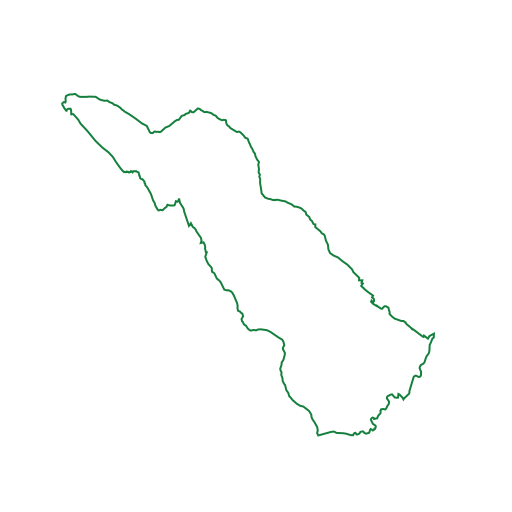 Lazuri De Beius, Bihor, Romania (Natural Earth projection), rotated 78°
{"feature_id": "2599482B33228708697979", "entity_name": "Lazuri De Beius", "entity_type": "district", "adm_level": 2, "iso_a3": "ROU", "parent_name": "Romania", "parent_adm1": "Bihor", "projection": "natural_earth1", "projection_center": [22.328, 46.561], "detail": "fine", "context": "isolated", "style": "outline", "palette": "green", "viewbox_px": 512, "rotation_deg": 78, "n_neighbors": 0, "source": "geoboundaries", "source_scale": "gbopen_adm2", "svg_char_len": 6094}
<svg xmlns="http://www.w3.org/2000/svg" viewBox="0 0 512 512"><g transform="rotate(78 256 256)"><path d="M79.4,405.1L85.8,401.5L90.1,400.1L98.7,394.9L110.0,389.1L117.9,383.8L123.8,378.8L129.2,375.5L135.0,373.4L141.2,370.7L145.4,368.5L145.8,367.9L146.5,367.6L146.4,367.2L147.0,365.7L146.5,365.1L146.6,364.8L147.0,364.7L147.1,364.4L146.9,364.1L147.0,363.7L147.9,362.9L147.6,362.3L147.8,361.8L147.8,361.3L147.1,360.7L147.4,360.5L147.6,359.8L148.1,359.5L147.6,359.3L147.7,359.0L148.1,358.8L147.6,357.9L147.9,357.3L147.8,356.7L148.2,356.1L148.2,355.4L149.3,354.5L149.8,353.5L152.4,353.3L153.1,353.5L153.5,353.1L155.9,353.1L157.1,352.0L157.3,351.1L160.1,349.6L161.3,349.9L162.1,349.4L163.8,349.5L166.1,348.2L173.4,345.9L180.1,345.1L183.5,344.0L185.8,344.0L190.3,342.5L191.2,341.7L191.0,339.6L191.8,337.9L190.2,335.3L189.3,333.3L187.5,332.0L188.4,330.4L189.2,327.8L189.5,325.4L189.1,324.8L185.7,322.9L186.6,321.5L186.4,320.7L183.8,319.3L188.2,319.3L194.4,317.0L197.8,317.0L212.5,315.3L211.4,314.3L211.9,313.7L210.6,312.8L214.4,311.8L216.0,310.3L218.2,309.3L219.4,309.2L226.8,306.1L229.7,306.1L231.8,307.3L231.7,304.5L234.4,303.8L236.7,303.8L238.1,304.3L241.8,304.2L242.1,303.4L246.3,305.8L250.6,305.2L253.9,304.3L257.9,302.0L259.0,301.8L261.8,302.3L262.7,302.1L263.4,300.9L264.4,300.3L269.9,299.0L272.3,297.1L274.3,296.0L282.3,294.0L283.7,291.4L283.6,290.4L285.3,288.0L287.1,286.7L288.4,286.5L289.4,286.0L298.1,284.3L300.7,284.3L303.3,285.0L305.9,284.9L307.0,283.2L308.3,282.6L309.6,281.3L312.3,281.2L314.7,283.3L317.0,283.2L317.9,282.6L319.7,282.2L321.2,281.4L322.0,280.3L325.3,279.1L327.4,277.4L327.9,276.5L327.8,273.7L328.8,271.3L328.3,269.5L328.7,266.6L330.8,260.8L333.3,257.6L340.6,250.7L343.2,247.8L345.4,247.0L349.3,246.9L350.9,248.4L352.4,249.1L356.7,247.9L358.4,248.3L362.4,250.3L363.9,251.3L365.3,252.9L368.3,253.9L371.2,255.7L373.0,255.8L375.1,255.2L377.6,256.0L381.0,255.5L384.0,255.9L387.1,255.0L388.2,254.4L393.6,254.2L396.5,252.9L400.2,252.6L400.7,252.1L405.0,249.9L406.4,248.7L408.8,247.0L410.9,244.8L411.8,243.8L413.1,241.0L413.9,240.3L418.5,236.4L420.3,235.7L422.7,234.9L425.2,235.2L427.5,234.7L430.4,233.5L436.1,231.7L439.8,231.9L440.9,232.6L442.1,233.0L444.5,232.4L443.7,219.7L443.8,217.1L444.2,215.8L445.3,214.7L445.9,213.7L447.4,207.8L448.5,204.9L451.0,200.4L451.5,198.2L450.3,197.4L449.7,196.6L449.6,195.6L450.3,195.1L451.3,194.9L451.7,193.9L451.2,191.8L449.8,190.5L449.7,188.3L450.0,187.5L451.5,186.9L452.7,185.2L452.4,182.0L449.9,180.6L449.1,179.8L449.9,178.8L450.9,178.2L450.8,177.2L449.6,176.2L449.9,175.7L449.5,175.2L448.0,174.4L446.8,174.3L444.6,176.5L440.1,177.7L439.2,177.2L438.5,176.2L438.3,175.5L438.8,174.6L440.0,174.4L439.9,171.2L438.2,170.1L437.2,169.2L435.9,167.1L434.5,166.5L433.3,166.5L432.0,165.4L432.2,165.1L432.0,164.1L432.3,162.7L433.0,161.6L432.4,160.5L429.6,158.3L428.4,156.9L426.6,156.2L425.8,156.2L422.5,157.6L421.3,157.2L420.5,156.4L419.6,153.2L419.7,151.6L423.2,149.7L423.8,148.2L424.0,146.5L420.6,145.4L421.4,144.4L423.6,143.0L425.1,142.1L426.9,141.6L426.1,140.8L422.6,135.0L421.2,134.2L420.0,134.0L406.9,126.8L406.2,125.1L406.5,124.1L408.0,122.3L408.3,121.2L407.7,120.0L406.8,119.4L403.6,118.6L399.8,119.3L398.5,118.8L396.9,117.4L396.1,114.7L395.0,113.3L391.1,111.1L389.4,109.9L387.7,107.8L386.5,106.9L385.4,106.3L379.1,104.6L377.2,103.1L373.7,100.8L373.3,100.4L373.0,99.4L372.1,98.9L369.0,98.1L370.3,102.9L372.6,105.0L368.8,108.2L370.0,108.9L369.7,109.5L360.9,117.1L359.9,118.1L360.2,118.4L359.9,118.7L359.3,118.7L357.0,120.5L356.7,120.7L354.1,122.8L352.4,123.6L352.1,123.5L351.0,124.7L350.3,125.1L349.7,127.5L346.0,133.5L343.6,135.5L340.5,137.4L338.7,136.9L336.8,137.2L334.1,137.2L332.2,139.3L331.9,140.7L332.9,142.5L333.8,143.4L333.6,144.5L331.2,146.9L329.7,148.1L330.0,148.4L327.0,151.5L324.7,152.9L323.7,152.3L325.6,151.2L324.7,149.9L322.2,149.7L320.6,151.1L319.1,149.7L314.0,154.4L310.1,157.4L309.9,157.3L308.0,158.8L307.1,159.3L305.1,157.2L304.2,158.4L301.9,157.1L301.2,160.3L298.8,159.6L292.0,164.1L289.1,164.8L283.5,168.4L278.8,172.7L274.4,176.2L271.7,180.0L268.6,182.9L264.7,183.8L259.9,183.3L255.5,184.4L251.6,184.5L249.4,184.8L247.5,186.9L245.2,187.9L240.0,192.0L237.5,191.4L237.3,192.2L236.5,193.2L233.6,193.9L231.6,195.4L228.9,195.8L225.9,198.2L223.6,198.3L222.9,198.6L221.4,200.1L219.5,201.3L218.7,202.0L217.1,204.3L216.2,206.2L215.5,208.4L212.8,210.5L210.2,214.3L208.7,215.8L207.5,218.9L205.4,223.3L205.3,225.8L205.0,225.9L204.9,227.6L203.3,230.2L202.6,232.1L200.5,235.2L199.8,235.3L198.8,236.1L197.9,236.2L196.5,237.3L195.5,237.5L194.6,237.3L185.3,236.8L181.5,235.9L179.2,236.3L177.3,235.3L176.6,235.4L175.7,235.9L174.5,236.0L171.6,235.0L167.0,234.8L165.2,233.7L164.4,233.6L161.9,234.9L158.0,235.8L155.7,235.7L153.8,236.7L150.6,237.3L147.7,238.4L145.5,238.6L144.4,239.0L141.8,239.5L139.9,239.6L139.1,240.2L138.6,241.4L138.0,242.0L135.5,243.1L131.7,245.6L130.7,246.9L130.8,248.6L130.6,249.1L125.5,254.5L123.5,255.5L122.4,256.7L121.3,257.2L119.6,257.4L117.1,257.2L116.7,257.5L116.1,259.4L116.2,260.9L114.8,262.9L113.1,264.8L110.4,266.2L109.2,268.1L106.9,270.1L104.9,274.1L104.6,276.3L104.2,277.0L103.2,277.8L101.7,279.7L101.0,279.9L99.8,281.6L99.6,282.3L102.4,287.1L102.1,288.6L101.5,289.2L100.7,289.5L100.1,290.2L100.5,290.7L101.8,291.4L102.2,292.8L102.4,295.3L103.4,296.8L103.3,297.8L103.6,299.7L106.6,303.0L106.7,303.3L106.5,305.0L107.4,307.5L110.8,313.8L111.5,317.8L113.9,322.0L114.4,322.6L114.7,323.5L114.8,324.4L114.1,326.2L113.8,328.0L113.2,328.9L113.3,329.9L114.3,331.4L113.8,333.4L112.8,334.1L106.0,335.8L102.5,340.1L96.8,345.0L91.1,350.4L87.4,354.5L86.2,355.3L85.0,356.6L82.8,357.9L80.4,360.2L79.4,361.5L78.5,363.4L76.9,364.4L74.8,367.6L73.1,369.0L72.7,371.8L71.3,374.9L70.2,376.6L67.2,379.5L66.8,380.3L65.4,386.1L65.1,388.6L63.8,395.0L62.7,396.7L60.0,399.0L59.8,399.7L59.8,402.2L59.4,403.6L59.3,405.4L59.9,408.3L60.2,408.7L62.7,409.7L64.3,409.8L65.8,410.3L66.2,410.6L65.5,411.8L65.9,412.9L66.6,413.9L68.1,413.9L69.6,413.3L71.5,412.8L74.5,411.4L74.5,411.0L73.6,410.7L73.2,410.1L73.0,409.2L73.3,406.9L73.9,406.6L77.0,406.8L78.5,407.3L79.1,407.2L79.1,405.9L79.4,405.1Z" fill="none" stroke="#15803d" stroke-width="2"/></g></svg>